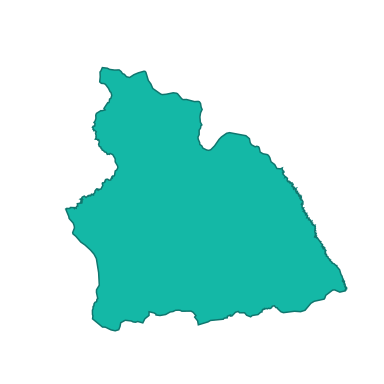 outline of Sikhio, Nakhon Ratchasima, Thailand, rotated 166°
{"feature_id": "78962969B49546338706429", "entity_name": "Sikhio", "entity_type": "district", "adm_level": 2, "iso_a3": "THA", "parent_name": "Thailand", "parent_adm1": "Nakhon Ratchasima", "projection": "orthographic", "projection_center": [101.558, 14.904], "detail": "fine", "context": "isolated", "style": "filled", "palette": "teal", "viewbox_px": 384, "rotation_deg": 166, "n_neighbors": 0, "source": "geoboundaries", "source_scale": "gbopen_adm2", "svg_char_len": 5852}
<svg xmlns="http://www.w3.org/2000/svg" viewBox="0 0 384 384"><g transform="rotate(166 192 192)"><path d="M67.2,59.0L66.7,59.4L67.1,59.8L66.7,60.2L64.8,60.8L65.6,60.8L66.6,61.6L65.7,61.4L66.2,62.4L65.5,62.4L66.4,63.6L65.9,64.3L65.9,65.6L66.6,65.6L66.2,66.6L67.0,68.2L66.0,67.7L65.7,68.6L67.0,69.8L66.3,70.7L66.7,71.0L66.8,74.2L67.4,75.9L67.6,80.8L69.6,84.8L69.3,85.6L70.3,86.0L71.4,87.9L73.3,89.2L73.1,89.9L74.6,91.9L74.2,92.5L74.9,92.7L74.7,93.5L75.8,94.7L75.8,96.3L77.1,97.2L76.7,98.0L77.4,99.2L76.9,99.3L77.8,100.5L76.9,101.4L77.3,102.5L76.3,102.9L77.1,104.5L76.9,105.2L78.0,105.1L77.7,105.7L78.3,105.5L78.6,106.3L78.6,106.8L78.1,106.8L78.5,107.1L77.8,107.1L78.7,108.6L78.1,109.4L79.3,111.2L79.6,112.5L79.2,112.8L79.9,113.2L81.5,117.3L82.1,117.3L82.1,118.4L82.9,118.4L83.1,119.0L83.4,118.4L83.9,118.7L83.4,119.5L81.9,120.0L82.5,120.7L81.6,121.7L82.2,121.9L81.8,122.2L82.4,123.0L82.4,124.3L82.0,125.2L81.5,124.9L81.7,126.4L81.0,127.0L81.2,127.9L80.7,128.8L81.2,129.4L80.7,130.0L82.1,130.2L82.2,131.0L82.8,130.9L83.2,131.6L82.8,131.8L83.1,132.5L82.8,132.8L83.3,133.0L83.3,133.6L82.8,134.7L83.9,134.4L83.9,136.1L84.5,136.2L84.6,137.0L85.4,137.0L84.9,138.1L85.4,138.0L85.8,139.2L86.8,139.3L85.6,141.1L86.2,141.8L86.0,143.0L86.8,142.7L86.5,143.2L87.1,143.0L87.4,143.6L87.0,144.4L87.9,145.2L87.4,145.9L88.5,146.5L87.4,147.0L88.3,148.4L88.0,148.9L88.6,149.1L87.9,149.6L88.5,149.7L88.9,150.6L88.3,152.6L88.8,153.3L88.1,153.6L88.5,153.9L88.1,154.4L87.3,153.7L86.7,155.8L87.2,157.6L88.0,157.8L87.9,159.0L88.6,159.3L88.6,160.0L87.3,159.9L87.3,160.3L88.2,160.5L87.3,161.3L89.2,162.1L89.2,163.0L88.5,163.0L89.2,163.4L88.9,164.0L89.6,164.6L89.1,165.1L90.6,165.7L89.8,166.8L91.0,166.9L91.2,169.0L90.3,168.8L90.8,169.9L90.3,170.3L91.2,170.2L91.5,171.1L92.7,170.4L92.6,171.8L92.1,172.2L93.6,173.3L93.4,174.1L92.1,174.5L92.2,175.2L92.9,175.0L92.9,175.9L93.4,175.5L92.9,176.6L93.5,176.6L94.4,178.0L94.8,177.3L95.1,178.3L95.8,178.5L95.7,179.1L96.4,178.9L96.7,179.5L96.9,180.1L96.1,182.2L97.4,184.0L98.1,183.8L97.8,184.2L99.5,187.6L98.7,188.5L99.0,188.8L98.0,189.0L97.9,189.5L98.1,190.2L99.0,190.6L98.8,192.2L99.1,192.8L98.7,193.4L100.6,193.1L104.0,194.3L105.1,198.6L108.0,202.2L108.2,206.5L109.0,209.1L110.1,210.2L113.8,211.9L116.2,214.2L116.1,218.3L116.5,219.8L118.1,220.7L119.8,220.6L122.9,223.5L123.6,225.8L123.4,229.9L126.1,233.6L141.2,240.5L144.2,240.6L150.1,238.3L153.0,236.5L158.9,231.3L163.5,228.5L165.6,228.3L167.6,229.2L170.8,231.9L171.4,234.5L172.9,236.2L172.6,238.1L173.2,241.8L172.9,243.9L171.2,245.9L170.1,250.3L168.3,251.9L167.3,254.2L166.2,254.7L167.0,257.7L166.2,262.9L164.5,266.8L162.2,269.6L162.6,272.1L162.3,275.9L163.0,277.7L164.0,278.4L167.7,279.1L175.0,283.1L178.3,283.8L179.4,284.9L182.3,290.9L183.2,291.6L186.2,292.8L193.4,293.1L197.3,293.7L198.6,294.5L205.0,301.9L205.8,306.8L207.4,310.8L207.8,319.3L208.4,320.4L209.4,320.8L215.4,320.6L219.9,319.9L224.8,318.2L227.7,319.7L229.1,322.5L230.8,323.7L231.6,326.0L233.2,328.1L237.5,329.0L242.3,330.9L244.2,332.6L248.9,334.4L251.2,331.4L252.2,330.7L253.2,325.9L254.9,321.2L253.7,319.4L251.0,318.4L249.9,317.3L248.0,312.9L247.2,309.1L246.5,308.2L246.5,305.1L248.1,302.5L249.5,302.1L250.6,299.3L251.4,298.8L252.1,299.1L257.2,294.4L256.5,292.7L259.8,292.6L260.7,293.0L265.7,291.4L266.8,289.8L267.4,286.7L268.7,284.5L270.3,283.1L269.5,282.0L270.5,279.5L271.8,279.8L273.0,278.8L272.4,277.9L272.9,276.7L272.1,276.0L272.4,275.3L271.4,275.2L270.3,273.5L271.4,272.5L271.4,269.4L271.9,268.8L271.9,267.8L273.0,266.7L270.8,265.8L270.8,265.2L270.0,265.3L269.8,262.9L271.1,260.9L270.9,258.6L269.6,257.6L269.7,256.2L269.1,255.7L269.0,254.4L267.9,253.7L267.2,252.1L265.6,251.2L265.1,249.0L264.1,249.1L263.0,248.5L262.1,249.2L259.9,247.5L258.5,242.9L259.2,239.8L257.9,235.3L258.0,233.6L259.7,231.6L261.4,231.0L263.1,227.0L263.8,226.4L265.2,226.7L265.9,226.3L265.7,225.6L266.4,225.4L266.3,224.6L267.2,224.7L268.0,223.3L269.6,223.5L270.7,224.8L272.3,225.1L273.3,224.5L273.2,223.9L274.0,223.5L274.1,222.8L276.0,222.2L276.6,222.5L277.1,221.7L276.9,220.0L279.6,216.9L281.7,217.0L282.0,216.6L282.2,217.1L283.0,217.0L282.8,217.8L283.8,218.1L285.9,216.5L286.4,214.9L288.0,213.9L288.3,213.0L289.8,214.2L290.2,214.1L290.2,213.4L291.2,213.4L291.4,212.9L292.4,213.6L293.3,213.0L293.6,213.6L296.1,212.3L297.5,214.1L299.7,213.6L300.3,213.0L300.2,212.4L301.9,212.1L300.1,210.9L301.0,210.3L301.4,211.3L301.8,211.2L301.5,210.2L302.3,209.4L301.1,209.0L301.6,208.0L306.1,208.4L306.3,206.0L307.0,206.1L308.2,205.2L308.3,204.3L309.7,205.2L310.1,204.5L310.8,205.6L313.8,206.4L314.6,205.6L317.7,206.4L318.6,206.0L318.1,205.3L318.5,204.8L317.5,198.3L317.6,196.0L314.8,190.6L314.5,187.7L314.8,185.5L317.6,181.5L317.6,180.1L315.4,177.1L312.0,170.3L308.6,166.4L304.5,160.2L302.1,155.4L300.9,150.5L302.1,136.4L304.5,124.0L308.3,120.2L309.0,117.7L309.2,111.3L310.2,110.9L311.1,108.7L312.8,108.4L314.1,107.2L314.8,105.2L315.6,104.9L316.4,102.4L317.2,101.5L318.2,97.3L318.1,95.7L319.2,93.0L311.5,82.6L308.9,81.9L303.9,77.8L300.1,75.9L296.4,76.1L294.4,78.9L292.8,82.4L287.8,83.7L282.0,81.5L280.6,80.2L278.3,79.3L276.0,79.5L271.4,76.9L268.4,80.4L263.6,82.6L262.6,86.2L258.0,83.8L256.6,82.4L256.7,81.4L253.0,79.9L247.2,79.5L242.1,80.9L239.3,80.6L236.6,81.2L233.6,80.6L232.0,80.0L230.7,78.8L221.8,76.7L220.0,75.0L218.1,71.1L219.7,70.0L217.7,65.6L218.0,61.6L207.8,62.1L205.2,62.9L192.4,61.0L191.2,61.8L188.2,61.4L187.8,62.8L186.0,63.2L184.4,63.3L184.7,62.3L183.2,62.1L178.9,64.8L176.0,64.9L175.1,63.3L170.2,62.1L168.8,59.2L165.3,56.7L163.4,57.6L157.6,57.1L154.5,58.7L153.0,58.8L153.0,59.4L152.0,60.9L151.2,60.6L150.1,61.4L149.9,60.8L148.3,61.1L147.2,60.4L145.7,60.7L144.6,60.0L142.8,60.5L141.8,61.7L139.6,61.7L138.6,59.6L137.3,59.1L137.2,58.2L134.7,54.3L132.5,52.8L121.4,51.5L115.6,49.6L110.9,49.9L103.5,55.3L99.8,56.4L89.7,56.1L88.8,56.9L87.2,59.4L79.3,62.8L77.3,62.5L72.8,59.1L67.2,59.0Z" fill="#14b8a6" stroke="#0f766e" stroke-width="1.5"/></g></svg>